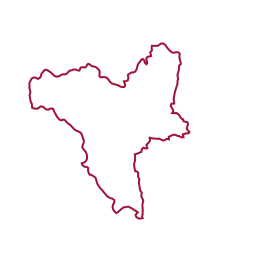 Santo Antônio do Jacinto, Minas Gerais, Brazil, rotated 335°
{"feature_id": "56859067B97088826230924", "entity_name": "Santo Antônio do Jacinto", "entity_type": "district", "adm_level": 2, "iso_a3": "BRA", "parent_name": "Brazil", "parent_adm1": "Minas Gerais", "projection": "robinson", "projection_center": [-40.275, -16.528], "detail": "fine", "context": "isolated", "style": "outline", "palette": "rose", "viewbox_px": 256, "rotation_deg": 335, "n_neighbors": 0, "source": "geoboundaries", "source_scale": "gbopen_adm2", "svg_char_len": 3617}
<svg xmlns="http://www.w3.org/2000/svg" viewBox="0 0 256 256"><g transform="rotate(335 128 128)"><path d="M206.3,82.8L205.9,81.1L204.4,79.9L202.6,79.4L201.1,79.1L199.8,78.0L198.6,75.6L197.9,73.5L197.3,70.9L196.8,68.4L195.7,66.3L193.5,65.4L191.4,65.9L189.6,66.1L187.1,64.9L184.4,63.6L183.1,65.7L182.5,67.8L180.2,68.8L179.7,70.9L179.4,72.5L177.5,72.2L175.8,71.8L174.1,72.5L173.4,74.8L172.9,77.2L171.6,78.0L170.9,76.1L171.3,73.6L170.6,71.7L169.0,71.7L167.4,72.7L165.5,73.7L164.1,74.4L162.8,75.7L161.6,77.3L160.4,78.6L158.4,79.9L156.2,79.9L154.6,79.1L152.6,79.4L150.3,79.8L149.6,82.6L148.0,84.7L145.8,84.7L144.0,84.0L143.8,86.5L143.4,88.2L142.0,89.2L140.1,88.6L138.1,86.6L136.7,84.8L135.2,83.5L133.7,82.2L132.2,80.8L131.1,78.3L130.7,75.3L129.6,73.0L127.7,71.6L126.2,71.1L124.6,70.5L124.0,68.8L125.0,67.0L126.2,65.1L126.2,63.2L125.6,61.5L125.0,59.8L123.5,58.1L121.7,57.0L120.7,55.5L120.1,54.0L118.9,53.0L117.4,53.5L116.3,54.6L114.6,55.1L112.6,53.6L110.5,53.3L108.2,55.4L106.4,54.2L105.0,52.6L102.9,51.9L101.4,52.0L100.0,51.4L98.2,51.7L96.7,52.4L95.0,53.0L93.1,52.6L91.4,51.7L89.7,51.6L88.1,51.9L85.5,51.6L83.5,50.0L82.7,48.0L82.0,46.3L81.2,44.5L80.1,42.6L78.7,40.7L76.8,40.2L74.6,41.3L72.4,42.3L71.3,43.8L69.8,45.1L67.2,45.5L65.5,43.4L64.2,42.4L61.9,42.4L59.7,43.8L58.4,44.9L57.2,46.5L56.4,48.5L55.5,50.0L55.2,52.4L54.4,54.9L52.7,56.6L52.2,58.3L51.5,60.8L50.9,63.3L51.1,65.5L50.4,67.1L49.7,69.2L51.0,70.6L52.8,71.5L54.0,72.3L55.7,72.0L58.0,71.5L59.9,72.8L60.7,74.7L61.7,76.5L63.2,77.6L65.2,77.6L67.1,78.0L68.2,79.1L68.1,81.2L68.1,83.6L68.3,86.0L68.5,88.4L69.3,91.1L70.6,92.9L72.5,92.9L73.9,93.8L74.5,95.4L74.9,97.0L76.0,99.3L77.1,101.2L78.0,104.1L79.0,107.1L80.4,109.0L81.9,110.6L83.0,112.1L83.4,114.2L83.0,116.7L83.0,118.8L82.5,121.1L81.5,122.8L80.3,123.9L79.1,125.1L78.4,126.5L78.6,128.3L79.2,130.1L79.6,131.8L79.5,134.3L78.8,136.6L77.6,138.8L76.4,139.8L74.7,140.6L72.8,140.7L71.2,140.4L70.9,142.3L72.2,144.7L74.2,145.9L75.1,147.5L74.0,149.2L73.4,151.6L73.5,154.1L75.1,155.0L76.2,156.9L77.5,159.2L77.3,161.4L76.8,163.6L76.7,166.3L77.0,168.8L77.5,171.2L78.4,173.6L78.9,176.0L79.6,178.4L80.0,180.4L81.2,182.6L82.5,184.2L84.0,185.5L85.1,187.6L84.1,189.8L82.0,191.2L80.5,193.3L80.1,195.9L80.5,197.6L81.2,200.0L83.0,200.1L84.7,199.6L86.4,199.0L88.2,198.5L90.3,198.1L92.5,198.7L94.9,199.3L97.0,201.8L98.2,203.6L99.1,205.3L100.4,206.9L101.2,208.6L99.4,209.3L98.0,210.1L97.9,211.9L98.9,213.9L100.3,215.1L101.8,215.5L103.2,215.8L103.5,214.0L104.6,212.6L106.5,209.0L108.6,203.7L111.2,200.1L111.2,195.8L111.9,194.0L113.1,192.8L112.7,189.5L113.8,185.4L114.9,181.8L116.7,179.1L116.5,176.3L118.3,172.9L117.8,171.3L116.3,170.2L116.7,168.2L117.5,165.3L118.5,162.8L120.5,160.7L122.4,157.0L122.9,154.8L125.0,155.1L130.0,155.3L131.7,153.0L133.6,152.4L135.2,154.0L136.9,154.5L137.5,151.2L140.4,150.0L142.6,148.8L143.6,146.0L145.7,147.7L150.0,150.2L151.7,150.8L154.6,154.3L156.7,154.5L158.5,154.1L160.2,155.6L161.4,153.2L163.8,153.2L165.8,153.2L168.0,154.1L169.3,155.8L171.2,157.3L172.1,158.8L174.4,159.9L175.0,156.9L177.0,157.3L178.5,157.4L180.4,158.4L182.0,157.5L181.2,155.5L181.0,153.4L182.1,151.9L183.9,150.2L184.3,147.8L182.8,146.7L181.1,145.2L181.6,143.5L180.5,142.2L180.0,140.2L179.8,137.6L178.2,134.8L176.7,134.4L174.4,133.1L176.1,132.2L176.4,130.5L176.3,128.6L176.0,126.0L177.7,124.3L180.1,125.4L181.1,123.0L181.7,120.8L183.1,119.0L184.1,117.5L185.4,115.7L187.2,113.5L189.1,111.5L191.0,109.5L191.9,108.0L192.8,106.2L194.3,104.6L194.6,102.6L195.3,100.8L196.3,99.5L197.5,98.2L198.6,96.8L199.5,95.3L200.6,93.2L202.8,92.4L203.5,90.9L203.6,89.0L204.2,86.4L205.2,84.2L206.3,82.8Z" fill="none" stroke="#9f1239" stroke-width="2"/></g></svg>